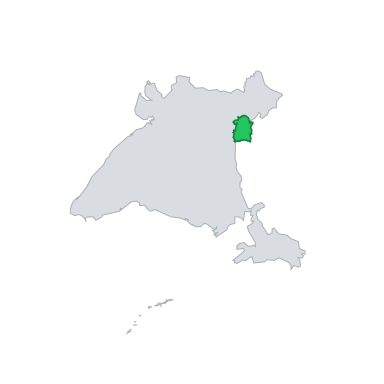 Uttarakhand on a map of India (Mercator projection), rotated 60°
{"feature_id": "IND-3254", "entity_name": "Uttarakhand", "entity_type": "State", "adm_level": 1, "iso_a3": "IND", "parent_name": "India", "parent_adm1": "", "projection": "mercator", "projection_center": [79.21, 30.097], "detail": "fine", "context": "in_parent", "style": "filled", "palette": "green", "viewbox_px": 384, "rotation_deg": 60, "n_neighbors": 0, "source": "natural_earth", "source_scale": "10m", "svg_char_len": 7744}
<svg xmlns="http://www.w3.org/2000/svg" viewBox="0 0 384 384"><g transform="rotate(60 192 192)"><path d="M73.7,174.2L78.2,173.3L78.7,170.2L87.0,171.5L92.5,169.3L94.4,170.8L97.0,169.4L93.8,158.1L90.7,157.7L89.4,155.9L89.7,150.5L84.5,148.3L84.8,144.9L91.8,136.6L95.0,139.5L103.7,137.2L107.5,129.9L112.1,127.3L116.0,118.9L119.5,117.4L120.2,114.2L126.1,108.5L125.2,107.1L125.5,101.1L131.8,97.3L131.0,95.8L126.6,94.6L126.4,92.1L123.9,92.0L123.5,89.8L121.0,87.9L122.2,84.8L120.8,82.7L123.0,80.5L120.2,79.3L120.8,77.7L119.3,76.3L120.7,73.6L123.4,72.5L134.9,75.1L142.1,72.8L151.8,65.2L153.8,65.4L153.6,67.7L156.1,74.0L161.3,77.0L159.4,79.9L160.0,84.9L162.7,88.1L163.4,94.5L160.9,95.9L159.1,93.6L156.6,94.4L159.4,99.8L159.5,105.8L162.4,105.0L165.6,108.9L170.9,110.9L171.2,112.9L177.9,116.7L172.9,120.8L170.3,129.2L184.7,138.1L191.4,139.8L191.9,141.3L196.4,142.6L202.9,141.5L207.1,143.3L207.7,145.6L212.2,148.3L214.9,147.4L216.7,149.6L234.6,151.6L235.9,148.5L234.5,144.8L235.7,137.3L239.3,136.0L241.1,136.8L240.7,141.2L241.8,143.1L240.6,144.4L243.9,147.7L248.9,148.7L253.6,147.0L256.8,148.1L267.0,147.3L267.7,143.3L263.8,140.9L264.1,139.0L271.5,138.0L277.2,131.0L281.3,130.1L288.3,124.7L294.6,127.3L299.8,123.5L302.4,125.3L300.5,126.8L300.6,128.3L303.0,127.1L304.2,129.8L301.8,133.0L304.4,132.6L310.2,134.8L310.3,137.4L306.6,140.6L308.5,144.9L305.4,143.0L301.1,143.6L292.4,149.7L292.5,154.7L288.0,161.2L289.0,163.6L284.3,174.1L277.8,172.4L278.1,180.6L276.5,181.5L276.4,188.6L274.4,190.7L272.9,189.4L271.7,190.8L269.1,175.8L266.5,175.7L264.0,182.0L262.5,180.0L261.5,180.9L260.3,176.7L261.9,172.1L266.1,171.2L267.9,169.3L268.9,165.1L270.9,164.5L267.5,162.5L254.4,162.6L249.5,161.4L249.4,155.6L248.2,153.1L247.2,155.0L245.7,155.0L242.9,151.3L241.3,152.8L237.6,150.0L238.2,151.7L235.3,156.1L242.3,161.7L238.3,162.4L234.8,167.4L240.5,170.5L239.2,175.9L240.5,179.6L242.1,180.2L243.1,193.6L241.6,192.8L240.6,194.2L239.8,189.5L239.3,193.6L236.9,192.7L235.6,193.8L236.2,189.4L234.1,187.3L235.9,189.5L234.2,192.1L227.3,195.0L225.3,197.3L226.3,201.9L224.5,205.3L221.4,207.9L220.4,207.5L220.1,208.9L214.9,210.6L214.3,208.9L212.3,210.1L211.7,211.5L213.8,211.2L208.4,215.5L203.0,222.6L188.8,232.8L188.0,237.4L184.0,239.3L180.1,239.3L177.6,244.2L174.9,243.0L172.1,244.6L170.1,249.9L172.2,263.2L171.0,261.3L170.2,262.2L172.5,264.2L167.2,281.3L168.5,282.2L168.4,289.4L164.1,290.0L161.1,295.7L161.7,297.6L164.9,298.7L161.4,298.1L156.9,299.5L155.0,301.2L153.9,305.4L149.5,307.9L145.9,305.9L141.7,301.1L139.9,296.6L139.2,292.7L141.0,295.9L140.0,292.7L135.0,280.9L128.7,270.9L124.1,254.8L120.6,249.9L119.6,245.0L118.4,244.6L115.6,238.2L111.9,219.6L112.9,216.4L112.7,215.3L111.5,216.8L111.3,215.9L111.4,214.0L112.8,214.2L111.2,213.5L110.2,209.4L112.0,202.2L109.8,196.1L110.7,195.2L109.7,195.3L113.8,192.8L109.2,193.2L110.5,190.8L109.0,190.8L109.3,189.2L111.3,188.6L106.3,188.2L107.0,189.8L105.1,192.1L106.8,194.7L104.9,198.0L96.9,201.6L92.5,200.7L80.2,188.1L80.9,186.8L82.7,188.1L90.0,185.6L92.5,181.0L85.8,183.9L82.3,183.1L77.5,180.1L75.7,176.8L78.6,174.3L74.2,176.5L73.7,174.2ZM272.9,279.4L271.4,276.6L273.5,273.7L274.0,264.3L275.7,262.7L274.2,267.7L275.1,271.1L274.1,272.0L272.9,279.4ZM281.8,314.8L281.9,318.8L280.5,316.6L281.8,314.8ZM271.1,287.5L270.1,287.6L269.9,285.9L271.2,284.7L271.1,287.5ZM278.2,308.4L278.1,309.5L277.9,308.5L278.2,308.4ZM279.5,306.8L279.0,308.3L279.2,306.7L279.5,306.8ZM280.8,313.4L280.3,314.6L280.0,314.1L280.8,313.4ZM273.6,298.9L272.9,299.0L273.2,298.3L273.6,298.9ZM272.7,280.0L271.9,280.7L272.2,279.6L272.7,280.0ZM275.3,275.3L275.7,276.4L274.8,275.6L275.3,275.3ZM276.3,306.5L275.7,306.3L276.0,305.7L276.3,306.5ZM273.0,267.7L272.6,268.9L272.8,267.6L273.0,267.7Z" fill="#d9dde1" stroke="#a8b0b8" stroke-width="1"/><path d="M171.4,113.0L171.7,113.0L172.3,113.2L173.1,113.6L173.5,113.8L173.8,113.9L173.9,114.0L174.1,114.0L174.2,113.9L174.4,113.9L174.5,114.0L175.3,114.4L175.6,114.6L175.8,115.0L176.0,115.3L176.7,115.6L177.3,115.8L177.6,115.9L177.8,116.2L177.8,116.3L177.7,116.4L177.2,116.6L176.9,116.4L176.7,116.4L176.6,116.6L176.6,116.9L176.4,117.2L175.9,117.6L175.6,118.1L175.2,118.4L175.0,118.6L174.9,118.6L174.7,118.7L174.4,118.7L174.3,118.8L174.1,119.3L174.0,119.6L173.5,120.1L173.4,120.2L172.9,120.4L172.7,120.6L172.6,120.8L172.6,121.0L172.6,121.3L172.7,121.5L172.8,121.8L172.8,122.0L172.7,122.2L172.5,122.4L172.4,122.5L172.3,122.8L172.2,122.9L172.1,123.0L171.9,123.2L171.8,123.3L171.5,123.5L171.4,123.7L171.5,123.9L171.7,124.2L171.7,124.6L171.8,124.7L172.0,124.7L172.0,124.9L171.9,125.1L171.8,125.7L171.7,125.7L171.4,125.8L171.6,126.2L171.6,126.3L171.3,126.5L171.2,126.5L170.8,126.6L170.6,126.9L170.5,127.4L170.6,127.7L170.5,127.8L170.4,127.9L170.2,128.0L170.0,128.4L169.9,128.6L170.0,129.1L170.3,129.3L170.2,129.5L169.9,129.9L169.8,130.0L169.7,130.0L169.3,130.1L169.2,129.9L169.2,129.7L168.9,129.7L168.8,129.4L168.7,129.3L168.4,129.4L168.3,129.2L168.3,128.9L168.2,128.8L167.8,128.7L167.6,128.7L167.5,128.8L167.2,129.0L166.7,128.9L166.5,129.0L166.4,129.0L166.3,128.9L166.2,128.8L166.2,128.7L165.8,128.7L165.2,129.0L165.1,128.8L165.0,128.3L164.9,128.2L164.7,128.0L164.6,127.9L164.4,127.9L164.3,128.0L164.2,127.9L163.0,127.1L162.8,127.0L162.8,126.9L162.7,126.8L162.7,126.7L162.0,126.2L161.9,126.2L161.7,126.3L161.2,126.4L160.9,126.6L160.8,126.1L160.7,126.0L160.6,125.8L160.5,125.6L159.3,125.0L159.3,124.9L159.3,124.7L159.5,124.6L159.8,124.6L160.0,124.4L160.3,124.4L160.8,124.0L160.9,123.9L160.9,123.7L160.2,123.5L160.0,123.4L158.7,122.6L158.2,122.2L158.0,121.8L157.8,121.6L157.6,121.2L157.3,120.9L156.5,120.5L156.4,120.4L156.1,119.8L155.8,119.3L155.3,118.8L155.2,118.7L154.9,118.7L154.8,118.8L154.7,119.0L154.8,119.4L155.0,120.2L155.1,120.6L155.0,121.0L154.7,121.3L154.3,121.5L154.1,121.5L154.1,121.4L153.8,121.2L153.3,120.9L153.2,120.9L152.8,121.1L152.1,121.5L151.7,120.7L151.6,120.0L151.4,119.6L151.4,119.4L151.4,119.0L151.4,118.7L151.8,117.9L152.1,117.1L152.4,116.7L152.8,116.4L153.0,116.3L153.0,116.1L152.9,116.0L151.9,115.5L151.4,115.2L150.7,114.6L150.4,114.5L150.1,114.7L149.9,114.5L149.9,114.4L150.0,114.3L150.2,114.2L150.4,114.1L150.6,114.1L150.9,114.0L151.6,113.6L151.8,113.5L151.9,113.4L152.0,113.3L152.0,113.2L151.9,113.1L151.7,113.1L151.4,112.6L151.5,112.5L151.6,112.4L151.5,112.1L151.4,111.8L151.3,111.7L151.3,111.4L151.1,111.1L151.1,110.8L151.3,110.4L151.4,110.1L151.5,110.0L151.8,109.9L151.8,109.6L151.7,109.5L151.6,109.4L151.4,109.2L151.5,109.0L151.8,109.0L151.9,108.9L151.9,108.7L151.9,108.4L152.4,107.9L152.6,107.6L152.9,107.3L153.0,107.2L153.5,107.3L153.8,107.2L154.0,107.1L154.4,106.8L155.0,106.5L155.4,106.4L155.8,106.1L156.0,106.1L156.3,106.1L156.5,106.1L156.6,106.3L156.8,106.3L157.0,106.3L157.3,106.7L157.4,106.8L157.5,106.8L157.8,106.7L158.2,106.7L158.4,106.7L158.5,106.7L158.6,106.8L158.9,106.8L159.0,106.8L159.3,106.8L159.6,106.9L159.8,106.9L160.0,107.0L160.1,107.3L160.2,107.5L160.3,107.6L160.5,107.7L161.0,107.7L161.3,107.7L161.5,107.6L161.5,107.3L161.3,106.9L161.1,106.6L160.8,106.3L160.7,106.3L160.7,106.2L160.9,106.3L161.1,106.0L161.2,105.8L161.5,105.6L161.7,105.2L162.0,104.9L162.1,104.5L162.6,104.7L162.9,104.9L163.0,105.1L163.1,105.4L163.3,105.5L163.5,105.7L163.5,105.9L163.6,106.0L163.6,106.4L163.6,106.5L163.8,106.6L164.0,106.9L164.0,107.1L164.0,107.3L164.2,107.5L164.5,107.8L164.6,108.0L164.8,108.5L165.1,108.6L165.3,108.7L165.5,108.8L165.6,109.0L165.9,109.3L166.0,109.4L166.3,109.5L166.4,109.4L166.7,109.2L166.8,109.2L167.2,109.2L167.6,109.1L168.3,109.2L168.5,109.3L168.7,109.7L168.9,109.9L169.0,110.0L169.7,110.3L169.9,110.5L170.0,110.7L170.2,110.9L170.4,111.0L170.6,111.0L170.8,110.8L171.0,110.8L171.3,111.3L171.5,111.4L171.6,111.5L171.4,111.8L171.2,111.9L171.0,112.1L171.2,112.3L171.3,112.4L171.3,112.6L171.2,112.9L171.1,113.0L171.4,113.0Z" fill="#22c55e" stroke="#15803d" stroke-width="1.5"/></g></svg>